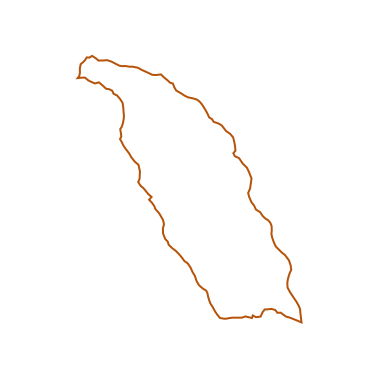 the district of Anhumas, São Paulo, Brazil, rotated 315°
{"feature_id": "56859067B94307152786888", "entity_name": "Anhumas", "entity_type": "district", "adm_level": 2, "iso_a3": "BRA", "parent_name": "Brazil", "parent_adm1": "São Paulo", "projection": "equal_earth", "projection_center": [-51.429, -22.356], "detail": "fine", "context": "isolated", "style": "outline", "palette": "amber", "viewbox_px": 384, "rotation_deg": 315, "n_neighbors": 0, "source": "geoboundaries", "source_scale": "gbopen_adm2", "svg_char_len": 2477}
<svg xmlns="http://www.w3.org/2000/svg" viewBox="0 0 384 384"><g transform="rotate(315 192 192)"><path d="M218.6,29.8L217.6,25.1L214.5,24.4L212.7,22.4L209.8,23.1L207.3,23.2L203.7,22.9L200.1,25.3L196.9,28.6L194.2,30.3L191.7,30.6L195.0,33.3L197.2,35.4L197.6,39.8L198.8,43.4L200.2,46.7L203.7,48.6L204.1,53.3L204.3,58.3L206.1,60.7L207.2,63.9L206.0,67.1L207.3,70.9L206.9,75.2L206.0,79.8L203.1,83.7L199.7,87.6L197.7,90.1L195.0,92.3L191.8,94.5L188.5,96.2L185.7,96.8L182.9,100.7L181.1,102.9L178.5,103.7L177.6,107.1L176.2,111.2L175.6,114.7L174.8,120.5L173.6,124.7L173.0,130.1L173.4,134.9L171.7,137.5L169.8,140.6L166.9,143.2L164.1,145.7L161.0,146.9L160.0,151.5L160.4,154.6L160.1,158.0L159.6,162.4L159.9,166.9L156.2,167.1L156.1,171.1L155.4,175.2L154.1,178.1L153.7,183.9L152.6,188.1L151.7,191.4L149.4,195.0L145.6,197.2L142.2,200.9L139.8,206.4L139.8,209.8L138.2,212.8L138.3,217.8L138.9,222.2L138.8,227.6L138.4,231.8L137.8,235.5L138.5,239.5L137.6,244.2L135.7,249.2L134.7,253.4L132.3,258.1L131.0,263.0L131.4,268.1L132.3,271.8L131.3,274.6L129.7,276.9L127.7,280.5L126.2,283.7L125.3,287.9L123.8,293.0L123.1,296.8L122.7,300.8L124.3,303.2L125.9,305.2L128.7,307.2L131.6,309.3L135.3,313.0L138.4,316.1L141.8,317.8L145.3,323.5L147.7,322.3L148.7,325.7L152.4,328.6L156.9,326.9L160.4,326.5L162.8,328.7L165.5,330.8L167.4,334.3L167.0,337.8L169.4,340.1L169.9,343.7L170.5,346.8L172.2,349.7L173.8,353.4L175.0,356.2L177.2,361.6L180.2,357.9L182.9,354.4L185.7,351.1L187.0,347.9L188.2,343.6L189.2,338.6L190.4,332.4L192.0,327.1L195.2,323.6L198.2,321.4L201.6,319.5L204.8,318.0L207.2,317.2L210.0,313.4L212.2,308.9L213.2,302.3L212.7,298.3L212.7,294.8L212.7,289.9L214.1,285.9L216.4,281.0L218.5,277.8L221.0,275.8L224.2,272.4L225.6,269.2L225.9,265.7L225.1,262.7L225.0,259.3L225.9,254.4L224.8,249.6L226.4,245.2L226.8,241.3L229.0,235.8L231.0,232.4L235.6,230.6L240.7,226.7L243.6,224.6L246.1,218.9L248.0,213.8L248.0,207.7L249.2,201.4L247.6,196.9L248.7,193.8L251.9,193.5L253.8,191.3L256.3,188.0L259.7,182.5L260.1,177.9L259.2,173.1L260.1,165.9L259.2,162.4L256.9,157.7L257.7,154.6L256.9,151.4L258.6,146.8L259.8,142.4L261.0,137.0L261.3,133.0L260.7,129.8L258.6,126.0L256.1,122.2L254.9,118.7L254.0,114.3L252.6,109.1L253.6,105.3L255.2,101.9L253.8,99.2L253.7,96.0L253.2,91.1L253.2,86.9L249.3,83.9L246.7,80.9L245.7,77.8L244.3,74.1L242.8,70.1L241.6,65.8L238.4,61.2L236.2,59.0L234.4,56.3L231.8,53.8L230.0,51.4L228.6,47.2L227.2,42.7L225.2,38.8L222.0,36.0L218.8,32.9L218.6,29.8Z" fill="none" stroke="#b45309" stroke-width="2"/></g></svg>